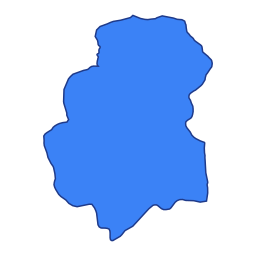 Huambo, orthographic projection
{"feature_id": "AGO-1890", "entity_name": "Huambo", "entity_type": "Province", "adm_level": 1, "iso_a3": "AGO", "parent_name": "Angola", "parent_adm1": "", "projection": "orthographic", "projection_center": [15.812, -12.604], "detail": "fine", "context": "isolated", "style": "filled", "palette": "blue", "viewbox_px": 256, "rotation_deg": 0, "n_neighbors": 0, "source": "natural_earth", "source_scale": "10m", "svg_char_len": 2653}
<svg xmlns="http://www.w3.org/2000/svg" viewBox="0 0 256 256"><path d="M132.9,15.4L140.6,18.5L144.9,19.4L147.8,19.6L151.3,19.1L155.4,18.7L156.8,17.8L162.2,15.9L173.6,18.1L177.1,19.3L181.9,19.7L183.7,20.6L184.7,21.2L185.4,23.7L185.9,24.7L186.0,25.5L186.1,26.1L186.1,26.9L186.8,31.5L187.1,32.0L187.5,32.6L188.8,33.9L190.4,36.0L192.5,37.7L193.4,38.6L193.7,39.3L194.3,40.2L195.5,41.3L200.4,44.8L201.3,45.6L201.6,46.0L202.0,47.0L202.4,49.8L202.5,51.0L202.6,51.6L203.1,52.3L208.0,56.4L208.8,57.4L210.3,58.9L211.1,59.7L211.6,60.5L212.1,62.6L212.2,63.8L211.8,66.5L211.6,67.0L210.3,68.7L207.4,73.1L206.1,74.8L205.3,77.6L205.0,79.8L202.4,84.1L201.0,85.6L195.5,90.1L193.7,91.0L191.1,92.8L190.1,93.6L189.6,94.3L189.3,94.8L189.1,95.2L188.9,96.3L188.9,97.4L189.2,98.4L190.4,100.2L191.4,103.2L192.8,106.2L193.1,108.9L193.1,111.7L192.6,114.4L192.0,116.4L191.3,117.6L190.6,118.3L187.6,120.2L186.0,121.6L185.6,123.1L185.8,125.7L186.9,127.8L190.2,132.0L191.8,135.1L193.7,137.1L195.8,138.6L200.3,140.9L204.4,142.4L204.6,142.7L204.7,143.1L204.3,148.1L204.5,152.8L205.0,155.6L204.9,157.5L205.1,160.3L205.8,172.8L207.6,181.4L207.7,182.3L207.7,182.9L207.3,183.8L207.1,184.9L207.6,187.7L207.7,193.0L206.5,201.1L200.2,202.1L197.4,201.5L193.8,200.7L185.6,200.4L182.6,199.5L179.7,199.6L177.2,200.6L175.2,202.2L171.0,207.8L169.6,209.0L165.9,209.6L163.7,209.6L161.5,208.7L157.8,205.6L156.5,204.9L154.6,204.9L153.0,205.3L148.8,208.8L132.8,226.2L125.0,230.6L121.9,234.6L120.2,236.3L112.8,240.6L111.4,240.5L110.5,239.7L110.1,237.8L110.1,233.0L109.9,230.9L109.1,229.1L107.4,228.4L105.4,228.1L101.1,228.0L99.2,226.9L98.0,224.8L96.6,213.1L95.8,210.7L94.6,208.0L91.9,204.3L89.3,204.2L77.1,206.7L72.8,205.7L68.9,203.4L65.9,200.0L60.9,196.5L58.7,194.3L55.7,189.4L54.6,187.0L54.0,184.7L54.3,182.4L54.7,180.7L55.4,178.8L54.9,173.7L53.6,167.7L53.1,166.4L51.0,163.4L48.0,157.5L46.9,152.7L44.3,145.7L44.0,143.1L44.1,140.6L43.8,136.0L45.1,134.0L47.1,132.5L51.6,129.7L53.2,127.3L55.0,125.8L57.4,124.4L59.5,123.5L62.8,122.6L66.9,122.1L68.6,119.6L66.8,115.2L66.8,113.0L63.9,103.5L63.6,101.6L64.0,89.5L68.5,78.9L70.4,76.6L73.0,74.2L83.6,70.4L86.4,69.8L87.7,69.4L88.6,68.8L89.8,67.6L91.5,66.5L93.6,66.1L98.2,66.2L97.4,65.1L97.2,64.6L97.0,63.5L97.3,61.0L97.8,59.1L97.9,58.3L98.3,57.3L98.3,56.7L97.9,56.2L97.3,55.4L97.1,55.0L97.0,54.5L97.4,54.0L97.9,53.7L98.4,53.5L98.7,53.2L98.9,52.8L99.0,52.2L98.9,50.4L99.0,49.8L99.1,49.3L99.6,48.4L99.9,48.0L100.1,47.6L100.1,47.1L100.0,46.5L99.3,45.9L98.8,45.6L98.4,45.0L98.1,44.3L98.0,43.0L97.9,42.2L97.5,40.3L95.2,36.5L96.6,30.0L100.1,26.5L107.5,23.8L110.8,22.3L113.4,21.4L120.7,20.2L130.4,17.6L132.9,15.4Z" fill="#3b82f6" stroke="#1e3a8a" stroke-width="1.5"/></svg>